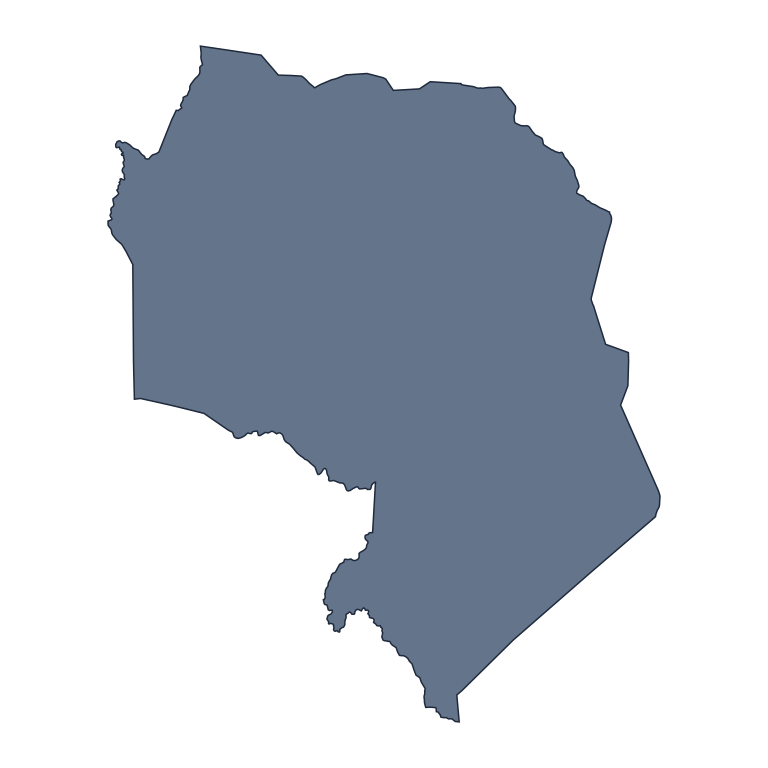 the district of Guaimaca, Francisco Morazán, Honduras
{"feature_id": "27666195B96410778118504", "entity_name": "Guaimaca", "entity_type": "district", "adm_level": 2, "iso_a3": "HND", "parent_name": "Honduras", "parent_adm1": "Francisco Morazán", "projection": "natural_earth1", "projection_center": [-86.911, 14.489], "detail": "fine", "context": "isolated", "style": "filled", "palette": "slate", "viewbox_px": 768, "rotation_deg": 0, "n_neighbors": 0, "source": "geoboundaries", "source_scale": "gbopen_adm2", "svg_char_len": 6082}
<svg xmlns="http://www.w3.org/2000/svg" viewBox="0 0 768 768"><path d="M655.5,516.7L655.9,514.3L657.2,510.5L659.1,506.9L659.5,504.8L660.0,496.2L659.4,493.7L658.3,490.5L620.6,405.1L627.9,385.7L628.6,361.3L628.4,352.6L605.6,344.3L593.4,305.4L592.7,304.4L592.4,303.1L591.2,299.9L591.3,297.9L604.6,244.7L611.1,222.4L611.5,219.9L611.4,217.3L610.8,215.3L609.6,213.3L609.6,212.1L608.0,211.5L605.5,210.1L599.8,207.7L595.2,204.8L591.6,203.4L588.4,200.7L587.4,200.6L586.7,200.3L585.6,198.7L583.2,196.2L580.7,195.3L576.9,193.3L576.6,192.5L576.7,191.5L577.2,190.1L578.8,187.4L578.9,185.7L577.3,180.4L575.3,176.1L574.2,170.3L572.8,167.6L570.0,164.4L567.7,160.6L564.5,157.2L562.9,153.6L562.1,152.6L561.5,152.3L559.3,152.8L555.1,151.5L553.1,150.3L551.1,149.5L544.0,144.9L543.4,144.2L542.5,139.6L541.9,138.3L539.2,136.7L535.3,135.0L532.3,131.4L529.5,127.3L528.4,126.2L526.7,125.7L524.9,125.9L520.8,125.6L515.2,123.0L514.5,121.5L514.1,116.7L514.2,115.5L515.1,112.3L515.5,110.1L515.5,107.2L515.2,106.0L511.1,100.8L509.2,98.9L501.8,88.9L500.7,87.7L498.9,87.1L488.2,87.5L482.4,88.3L480.8,88.0L477.9,88.2L473.3,86.6L462.7,85.0L461.2,84.3L461.0,83.6L430.2,81.7L419.4,88.9L393.3,90.4L385.8,79.1L383.1,77.7L367.0,73.5L345.8,74.9L336.0,78.7L331.4,79.9L320.3,84.6L314.7,87.8L309.2,83.2L305.8,79.5L303.2,77.2L301.5,76.1L291.4,75.5L278.3,75.1L261.1,55.1L200.4,46.1L201.2,53.3L200.9,57.1L201.3,60.1L202.5,64.4L202.2,64.9L200.3,66.5L199.8,67.3L199.9,72.0L199.4,73.9L198.3,75.6L194.6,79.2L190.8,84.3L189.8,86.6L189.8,89.2L189.6,90.2L188.8,91.5L187.3,95.4L183.2,97.4L183.2,98.8L182.7,101.0L181.0,104.0L180.6,105.3L180.8,106.2L181.6,107.3L181.7,108.0L178.1,110.5L176.2,110.3L171.6,120.1L158.9,152.0L156.2,153.8L153.3,154.6L152.3,155.1L150.9,156.4L148.7,159.1L145.9,158.8L145.2,158.5L144.6,156.5L141.5,154.2L138.3,150.1L135.1,149.0L132.9,147.9L129.9,145.0L126.4,142.8L124.6,142.3L123.3,142.8L122.4,142.8L121.3,142.2L120.1,141.0L118.9,140.9L117.2,141.6L115.7,144.4L115.8,146.6L116.1,147.3L116.7,147.7L119.4,147.2L119.9,149.2L121.2,149.7L121.2,150.6L121.5,151.3L123.1,152.6L123.0,153.1L121.8,153.7L121.4,154.4L121.9,155.3L123.5,155.3L123.5,157.0L124.4,159.9L124.1,160.8L123.3,162.0L123.1,162.7L124.2,166.3L123.9,167.1L123.1,167.9L122.5,169.0L122.2,170.7L122.6,172.0L124.3,174.6L124.2,177.4L124.6,178.0L124.7,178.8L124.5,179.6L124.0,179.8L122.7,179.5L121.1,178.7L120.2,179.0L120.1,179.6L120.4,180.4L120.3,181.0L119.1,182.4L119.6,183.0L119.8,184.1L118.3,185.8L118.1,188.9L116.8,190.1L118.4,192.7L118.5,193.8L118.0,194.6L116.4,196.1L113.0,198.8L113.0,200.4L113.8,204.3L113.8,205.1L113.1,206.5L111.5,207.8L110.8,209.2L111.3,213.1L110.4,214.2L110.1,215.5L110.7,217.0L111.8,218.3L111.9,219.1L111.4,219.8L108.0,221.1L108.1,225.0L108.7,226.2L111.2,229.4L111.9,233.3L112.6,234.8L116.3,239.6L121.8,244.4L126.0,251.4L132.8,264.6L133.5,361.4L134.4,399.2L140.6,398.5L171.9,405.5L204.0,413.4L228.2,430.1L232.2,432.1L232.7,432.6L233.7,435.7L234.3,436.8L235.4,437.7L237.1,438.3L238.3,438.4L241.6,437.5L245.2,435.4L246.3,434.1L247.5,433.2L248.3,433.2L251.1,433.7L251.8,433.3L252.2,432.3L253.0,431.6L255.6,431.2L256.9,431.1L257.4,431.4L258.3,435.0L258.5,435.4L259.0,435.6L260.4,435.4L265.1,432.5L265.9,432.5L268.2,433.0L271.8,431.2L273.2,431.6L276.7,433.8L278.7,432.8L280.2,433.0L281.6,433.9L282.8,435.3L284.1,439.4L285.1,441.0L286.3,442.2L289.6,444.2L293.1,448.1L297.1,453.0L300.6,455.9L303.0,457.5L304.7,459.1L306.8,460.0L308.4,461.1L310.3,463.0L315.0,467.0L317.1,472.8L317.9,474.4L318.9,474.5L320.8,473.2L323.8,468.8L324.6,468.5L325.5,468.7L326.0,469.3L326.5,470.2L327.2,474.2L328.7,476.9L328.8,478.1L328.6,479.5L329.0,480.6L329.6,481.0L330.3,481.0L333.8,480.5L339.7,482.9L342.8,483.1L344.6,484.8L346.3,489.4L346.9,490.3L347.6,490.8L348.6,490.9L350.1,490.5L353.1,488.5L356.9,486.7L357.8,487.0L358.8,488.4L359.6,489.0L365.5,488.3L366.4,488.6L367.5,489.5L370.1,489.4L370.8,488.5L371.6,485.4L372.6,483.8L374.5,482.4L375.5,482.2L372.6,532.6L369.4,532.7L368.0,534.4L365.9,535.1L365.2,535.6L365.0,537.1L365.2,538.6L365.6,539.4L367.8,541.5L368.0,542.7L366.8,545.0L366.3,547.7L365.9,548.5L363.4,550.6L360.1,552.4L359.1,553.4L359.0,553.9L359.2,557.0L358.8,558.0L358.1,559.0L356.3,560.2L354.4,560.6L352.9,560.3L351.0,559.0L347.8,559.6L345.3,559.2L344.8,559.3L344.3,560.0L343.8,562.1L339.6,564.3L335.6,571.8L334.7,572.7L332.9,573.2L331.7,574.8L331.0,576.7L330.6,579.0L329.4,580.8L328.3,583.0L328.0,585.8L327.5,586.9L326.5,588.0L325.4,590.4L325.3,592.9L324.8,593.6L325.2,596.3L325.0,598.1L324.4,599.2L323.3,599.7L324.3,603.9L325.1,604.6L326.6,604.8L327.1,605.3L328.3,609.9L329.4,610.5L332.1,610.2L332.3,611.0L332.4,611.9L331.3,613.6L330.4,614.3L328.9,614.9L327.8,615.9L327.0,618.6L327.0,619.3L328.6,621.6L328.5,623.3L328.8,623.9L329.6,623.9L330.6,623.3L332.9,624.1L333.4,624.4L333.5,625.9L334.0,627.6L333.5,629.4L334.0,630.7L335.3,631.3L337.2,630.6L338.2,631.8L339.2,632.1L339.8,631.6L339.8,629.6L340.0,629.2L341.9,627.7L343.4,627.2L344.3,626.0L344.8,624.6L344.9,621.3L346.1,617.4L346.0,614.7L346.6,614.0L348.2,613.1L349.0,612.2L349.7,612.1L350.6,612.5L351.8,614.2L354.0,614.3L354.6,613.8L354.9,611.8L356.4,609.6L358.3,609.4L361.2,610.9L361.7,610.4L362.0,609.4L363.7,607.8L364.8,608.7L365.4,610.3L367.1,610.1L368.2,610.5L368.7,611.6L367.9,613.8L369.4,615.6L369.5,617.4L370.1,617.8L372.6,618.3L373.4,618.8L374.1,619.9L374.0,621.0L373.5,622.2L373.7,622.6L375.6,623.9L377.0,625.7L378.2,625.9L380.3,625.8L380.7,627.1L382.3,628.5L381.9,630.7L382.7,633.0L381.8,636.9L383.0,640.0L384.3,640.7L385.7,640.7L387.3,641.3L389.4,641.4L389.9,641.6L391.0,643.7L392.5,645.3L396.1,647.6L397.5,651.8L399.3,655.2L399.9,655.5L403.8,655.8L405.7,656.7L407.8,658.4L409.3,661.1L412.0,663.9L414.1,670.2L416.0,675.1L419.8,677.7L421.3,682.1L425.0,688.3L425.2,689.1L424.7,690.6L424.8,693.3L424.2,695.7L424.0,697.4L424.3,698.7L424.5,702.8L425.7,707.4L430.3,707.2L435.5,707.6L435.9,708.0L436.2,708.8L436.3,711.7L437.9,712.0L438.3,712.3L439.5,714.1L440.2,714.6L440.7,716.7L441.0,717.2L443.1,717.6L446.4,717.7L448.5,718.9L451.8,718.8L455.2,721.5L459.2,721.9L456.8,695.0L461.8,690.7L513.5,639.8L593.5,570.0L655.5,516.7Z" fill="#64748b" stroke="#1e293b" stroke-width="1.5"/></svg>